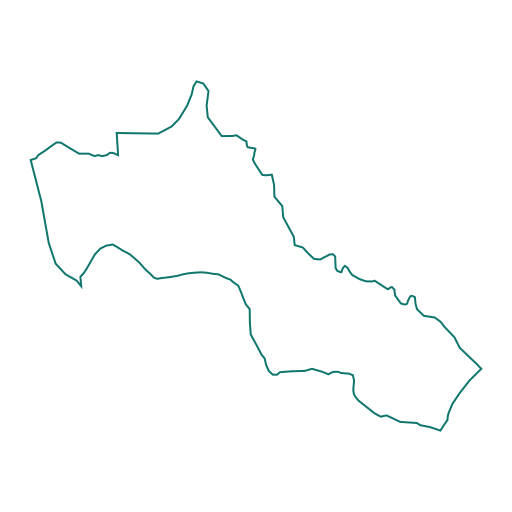 outline of Carnot, Mambéré-Kadéï, Central African Republic
{"feature_id": "33826404B21992681295318", "entity_name": "Carnot", "entity_type": "district", "adm_level": 2, "iso_a3": "CAF", "parent_name": "Central African Republic", "parent_adm1": "Mambéré-Kadéï", "projection": "natural_earth1", "projection_center": [16.19, 4.73], "detail": "fine", "context": "isolated", "style": "outline", "palette": "teal", "viewbox_px": 512, "rotation_deg": 0, "n_neighbors": 0, "source": "geoboundaries", "source_scale": "gbopen_adm2", "svg_char_len": 2604}
<svg xmlns="http://www.w3.org/2000/svg" viewBox="0 0 512 512"><path d="M440.4,430.6L443.9,425.1L447.4,420.1L447.8,416.3L448.4,413.6L452.4,403.9L459.8,392.9L469.6,380.4L481.3,368.8L477.3,364.6L459.8,347.9L454.4,337.2L444.5,326.9L440.8,322.0L434.8,317.5L423.8,315.8L417.0,309.2L415.5,303.7L415.0,298.2L414.9,297.2L412.5,296.0L411.7,295.9L410.3,296.3L410.0,296.8L408.9,298.9L407.8,301.2L407.4,303.0L406.6,304.1L405.0,304.5L403.8,304.3L400.8,303.4L395.3,295.7L394.5,291.7L394.5,289.7L392.0,287.1L391.4,287.2L389.8,287.7L388.9,288.8L387.6,289.2L374.6,280.7L372.7,281.4L367.0,281.4L364.5,280.9L362.4,280.1L359.3,279.0L354.9,276.5L352.3,275.1L349.9,271.9L347.5,267.7L344.9,265.9L343.6,267.2L342.8,268.3L341.4,272.1L340.3,272.1L337.2,270.8L335.6,267.9L335.2,257.0L334.5,255.6L332.7,254.2L329.3,254.6L327.7,255.6L324.4,257.2L320.1,259.5L314.0,258.9L307.7,252.9L302.8,247.5L294.7,245.1L293.8,236.8L283.2,217.2L282.3,206.1L274.4,196.7L274.1,185.1L271.8,174.7L269.1,175.0L265.9,175.3L262.2,174.9L254.7,163.3L252.8,159.6L254.2,155.2L254.4,152.6L255.4,149.6L255.3,148.7L254.1,148.3L251.3,147.9L247.7,147.2L246.8,145.3L246.5,141.5L242.8,139.6L236.4,135.3L232.2,136.0L221.7,136.1L215.9,128.2L207.8,117.3L206.6,105.7L208.5,91.1L206.6,88.3L203.3,83.5L196.6,81.4L193.5,86.3L191.7,94.4L187.1,105.7L178.9,119.1L171.6,126.5L158.2,133.6L116.7,133.0L118.1,155.1L112.9,152.9L109.8,152.9L106.8,155.1L102.2,156.1L98.3,155.1L94.6,156.1L91.9,155.1L88.8,153.7L87.0,153.7L79.1,153.7L77.3,152.6L69.1,147.7L60.9,142.7L56.6,142.4L51.1,146.2L45.3,150.5L38.3,155.1L36.2,158.2L30.7,160.0L41.4,201.6L48.7,242.8L55.6,263.6L65.4,274.2L76.6,280.6L81.2,286.2L80.4,276.8L84.1,272.7L86.8,268.5L94.8,254.5L100.3,248.6L106.1,245.7L112.7,244.5L116.8,246.8L119.9,248.8L123.6,251.1L127.0,252.7L130.3,254.7L135.3,259.0L139.4,262.6L143.1,266.9L146.4,270.5L149.4,273.0L153.8,277.5L157.1,278.8L160.7,278.2L169.0,277.2L177.0,275.9L183.2,274.3L187.7,273.4L194.3,272.7L201.2,272.3L206.6,272.7L213.4,273.9L218.5,274.3L223.8,277.0L227.5,278.6L230.2,279.5L234.1,282.9L237.0,284.7L238.4,286.0L241.3,292.8L243.6,298.9L245.8,304.3L249.7,309.1L249.9,323.7L250.8,334.6L256.9,345.8L261.7,354.9L264.7,358.5L266.0,364.6L268.8,370.9L272.8,374.7L277.1,374.7L279.9,372.2L291.2,371.3L304.8,370.9L312.0,368.8L322.3,371.8L328.4,374.3L331.3,372.7L334.0,371.8L338.1,371.8L340.8,372.9L345.3,373.4L348.8,373.6L352.9,375.2L354.1,380.6L353.5,386.9L353.3,390.3L353.9,394.1L355.2,396.6L358.6,400.7L374.5,413.3L380.8,416.7L384.5,415.8L386.8,415.5L391.7,417.8L396.4,420.1L400.3,421.9L416.8,423.0L420.3,425.2L430.1,427.1L440.4,430.6Z" fill="none" stroke="#0f766e" stroke-width="2"/></svg>